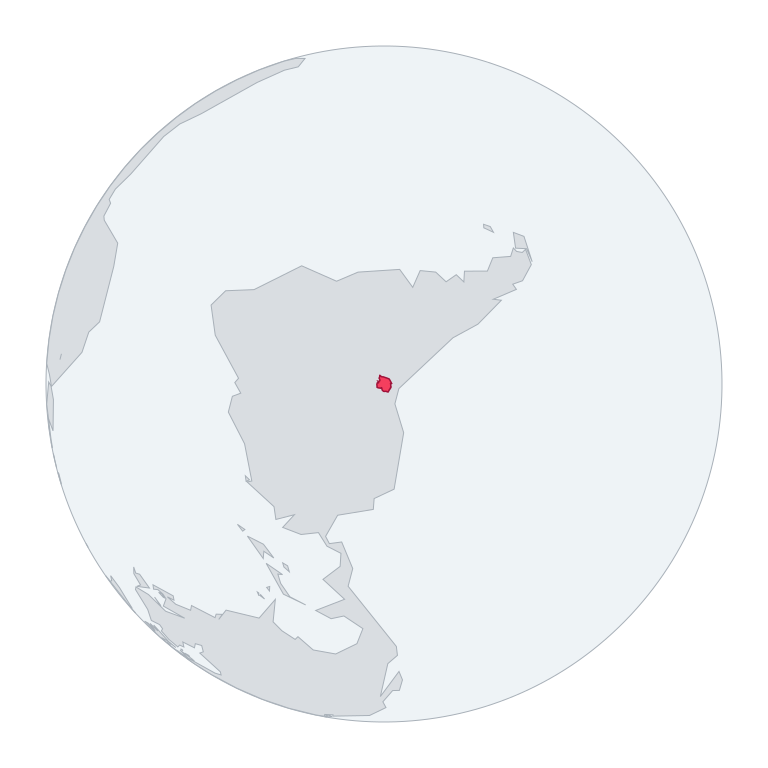 Oruro on an orthographic globe, rotated 223°
{"feature_id": "BOL-1937", "entity_name": "Oruro", "entity_type": "Department", "adm_level": 1, "iso_a3": "BOL", "parent_name": "Bolivia", "parent_adm1": "", "projection": "orthographic", "projection_center": [-67.639, -18.613], "detail": "fine", "context": "on_globe", "style": "filled", "palette": "rose", "viewbox_px": 768, "rotation_deg": 223, "n_neighbors": 0, "source": "natural_earth", "source_scale": "10m", "svg_char_len": 5809}
<svg xmlns="http://www.w3.org/2000/svg" viewBox="0 0 768 768"><g transform="rotate(223 384 384)"><circle cx="384" cy="384" r="338" fill="#eef3f6" stroke="#a8b0b8"/><path d="M311.6,53.9L312.5,53.7L322.2,51.8L321.8,52.0L330.0,50.4L329.6,50.5L335.2,49.6L337.9,49.2L335.7,49.6L340.0,49.0L339.8,49.4L348.3,48.0L355.1,47.6L352.8,48.2L342.2,49.4L310.4,57.3L304.7,60.1L307.4,61.9L335.2,61.6L333.5,64.9L339.0,68.4L344.9,65.4L342.7,61.8L355.2,58.1L351.0,55.2L355.4,53.7L355.5,51.1L367.1,50.5L378.4,51.6L379.0,54.0L384.0,55.0L392.9,52.4L403.1,58.0L425.6,64.2L427.0,66.4L412.6,69.4L388.7,68.9L370.0,76.8L393.9,71.1L396.9,78.2L402.4,79.6L409.1,79.4L412.6,76.8L416.0,79.6L393.7,85.3L390.2,82.7L397.3,80.6L386.1,80.9L371.1,86.6L373.7,90.7L348.2,97.9L349.8,101.2L345.1,105.3L344.3,99.1L345.3,110.9L315.7,127.6L316.6,152.4L302.9,134.4L290.3,133.9L274.8,136.6L274.6,140.5L254.4,141.2L235.2,153.6L226.7,175.6L232.6,190.7L255.1,187.0L262.6,176.3L279.5,171.8L266.0,199.7L295.4,199.5L291.7,220.7L300.0,230.8L315.1,226.5L330.6,230.6L342.0,217.4L360.3,210.0L360.4,227.3L370.7,211.2L380.8,219.3L417.3,219.0L414.5,222.9L445.2,245.2L478.7,257.3L486.5,271.6L482.5,279.6L494.1,283.3L494.3,289.0L540.7,304.6L564.3,323.8L563.4,344.2L543.4,364.4L524.8,414.3L488.8,426.8L479.3,448.1L450.7,478.5L428.9,474.3L434.9,491.6L422.5,501.1L408.3,501.1L405.7,513.2L395.2,513.1L402.1,521.4L385.4,537.1L390.5,550.5L378.4,563.7L382.2,571.7L377.4,571.4L372.6,574.5L372.3,579.0L357.7,571.8L353.1,554.0L357.9,544.8L351.7,543.5L361.9,520.5L355.3,525.3L356.1,491.9L365.1,464.8L370.0,390.8L362.5,376.9L336.4,361.8L304.9,314.0L313.1,293.5L306.3,285.0L328.4,256.4L322.8,232.7L315.1,230.0L307.2,239.6L281.0,227.7L272.3,211.6L196.0,200.5L189.1,194.7L190.5,182.1L173.5,152.9L177.0,184.0L168.7,180.2L163.8,170.4L168.6,165.7L168.1,150.8L161.9,148.7L168.5,131.7L194.9,106.2L195.7,107.3L202.0,101.9L201.4,100.8L199.5,101.4L208.1,95.5L232.6,81.9L258.1,70.4L284.5,61.1L311.6,53.9ZM314.2,161.7L347.9,172.5L328.2,175.4L332.0,172.6L323.6,167.7L307.7,164.2L290.6,169.0L314.2,161.7ZM330.6,145.8L324.7,145.3L330.5,144.7L330.6,145.8ZM197.6,102.6L200.7,101.2L198.7,104.0L195.3,105.3L197.6,102.6ZM200.6,100.1L198.5,101.6L198.7,101.4L200.6,100.1ZM349.1,51.8L352.2,51.5L350.6,52.1L349.1,51.8ZM346.1,51.3L342.0,52.3L340.0,52.2L342.6,51.6L346.1,51.3ZM351.7,50.2L337.0,52.0L333.5,52.0L340.5,49.9L351.7,50.2ZM382.3,587.4L359.0,574.5L372.0,580.2L380.4,573.1L392.8,583.1L382.3,587.4ZM407.4,569.6L417.5,566.3L420.1,568.7L413.7,571.6L407.4,569.6ZM617.4,139.6L617.0,139.3L630.6,156.8L626.1,155.4L615.1,147.1L594.1,124.0L606.4,130.2L599.1,123.6L582.9,111.2L588.0,114.7L582.9,110.8L583.7,111.4L617.4,139.6ZM678.8,549.1L676.9,552.5L670.6,562.0L663.8,568.2L663.0,557.5L670.9,545.5L682.5,517.9L702.1,456.7L710.7,434.8L713.9,414.8L712.4,364.9L713.4,343.4L710.9,331.6L707.2,329.7L703.4,315.8L700.3,313.0L674.8,305.4L661.9,285.8L634.4,235.5L635.3,220.6L626.5,201.2L625.5,155.4L635.3,162.9L644.7,169.0L659.2,187.9L672.4,207.8L684.1,228.6L694.3,250.2L703.0,272.4L710.0,295.2L715.5,318.4L719.3,341.9L721.4,365.7L721.9,389.5L720.6,413.3L717.7,437.0L713.2,460.4L707.0,483.4L699.1,506.0L689.8,527.9L678.8,549.1ZM637.6,180.8L640.5,186.1L637.6,180.8ZM418.5,218.8L422.8,222.3L417.0,222.2L418.5,218.8ZM325.2,182.1L332.4,181.9L336.1,184.1L330.5,185.3L325.2,182.1ZM387.0,180.0L395.5,181.4L386.5,182.7L387.0,180.0ZM353.3,174.0L380.2,179.6L362.9,184.6L345.9,181.6L357.8,179.7L353.3,174.0ZM326.6,154.5L331.1,155.2L329.5,158.0L326.6,154.5ZM334.8,145.5L333.1,145.8L331.0,143.8L334.8,145.5ZM398.2,77.9L400.1,77.5L406.8,78.0L403.5,79.1L398.2,77.9ZM437.6,74.7L442.3,79.5L436.6,76.4L433.0,78.2L416.4,74.8L426.8,67.4L425.0,71.0L437.6,74.7ZM397.1,69.6L406.5,71.7L395.9,69.7L397.1,69.6ZM557.6,94.1L562.3,97.0L560.5,96.6L552.8,91.6L551.4,90.5L556.0,93.1L557.6,94.1ZM578.5,107.6L574.9,105.5L573.7,104.4L568.4,100.9L566.1,99.3L578.5,107.6ZM493.2,64.2L488.7,62.7L493.2,64.2ZM366.9,47.2L362.6,47.6L362.5,47.4L366.0,47.0L366.9,47.2ZM374.4,46.2L385.4,46.3L381.5,46.5L397.4,47.3L393.3,48.3L383.1,47.4L391.8,49.4L381.0,49.1L388.1,50.7L365.9,48.8L356.5,49.3L368.5,48.2L372.6,47.1L371.5,46.8L361.5,46.9L347.2,48.1L374.4,46.2ZM456.8,54.0L449.5,53.1L449.1,54.5L453.2,57.4L438.6,54.7L425.4,51.0L415.0,48.2L417.5,47.8L410.4,47.2L409.5,47.0L415.5,47.5L414.2,47.4L456.8,54.0Z" fill="#d9dde1" stroke="#a8b0b8" stroke-width="1"/><path d="M376.5,386.0L376.6,385.8L376.7,385.7L376.3,384.8L376.4,384.7L376.2,384.2L376.2,383.7L376.2,383.4L376.2,383.2L375.9,382.8L375.9,382.7L375.9,382.4L375.8,382.0L375.8,381.9L375.8,381.7L375.6,381.5L375.5,381.2L375.9,380.9L375.9,380.7L376.0,380.6L376.4,380.4L377.1,380.2L377.4,380.1L377.9,379.7L378.1,379.5L378.6,378.9L378.9,378.6L379.3,378.4L379.5,378.3L380.1,378.3L381.0,378.3L381.6,378.6L381.8,378.7L383.0,379.6L383.3,379.6L383.4,379.4L383.5,379.3L383.5,379.2L383.4,379.1L383.3,378.9L383.5,378.7L384.4,378.1L384.5,378.0L385.2,377.5L385.9,377.1L386.0,377.1L386.7,376.9L386.8,376.9L387.0,376.9L387.1,377.0L387.3,377.3L387.5,377.6L388.6,378.5L389.0,378.9L389.4,379.6L389.7,380.3L389.6,380.5L389.1,380.7L389.0,380.8L389.0,381.4L389.0,381.5L389.3,381.8L389.5,381.8L389.8,381.8L390.0,381.8L390.3,381.9L390.1,382.0L389.7,382.3L389.4,382.4L389.4,382.5L389.4,382.8L389.3,383.2L389.3,383.3L389.4,383.5L389.6,383.9L389.6,384.0L390.2,384.4L390.3,384.5L390.8,384.7L391.2,384.7L391.5,384.9L391.6,385.0L391.9,385.8L392.1,386.3L392.4,386.7L392.8,387.2L392.9,387.3L392.9,387.5L392.7,387.5L391.9,387.6L390.7,387.7L390.4,387.9L389.7,388.5L389.3,388.8L389.1,388.9L387.9,389.4L386.2,390.2L384.5,390.9L383.7,391.2L383.4,391.1L382.9,391.0L380.4,390.2L378.8,389.6L379.0,389.2L379.5,388.9L379.5,388.7L379.4,388.6L379.2,388.5L378.6,388.1L378.4,388.0L378.3,387.9L378.1,387.6L378.0,387.4L377.4,387.0L377.3,386.8L377.0,386.8L376.9,386.7L376.7,386.3L376.6,386.1L376.5,386.0Z" fill="#f43f5e" stroke="#9f1239" stroke-width="1.5"/></g></svg>